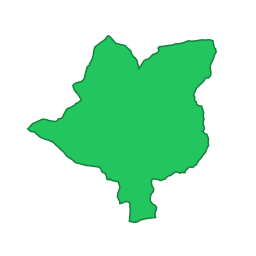 the district of Goenshari, Punakha, Bhutan, rotated 351°
{"feature_id": "84629894B19712913086843", "entity_name": "Goenshari", "entity_type": "district", "adm_level": 2, "iso_a3": "BTN", "parent_name": "Bhutan", "parent_adm1": "Punakha", "projection": "orthographic", "projection_center": [89.771, 27.719], "detail": "fine", "context": "isolated", "style": "filled", "palette": "green", "viewbox_px": 256, "rotation_deg": 351, "n_neighbors": 0, "source": "geoboundaries", "source_scale": "gbopen_adm2", "svg_char_len": 5527}
<svg xmlns="http://www.w3.org/2000/svg" viewBox="0 0 256 256"><g transform="rotate(351 128 128)"><path d="M215.4,91.2L216.4,90.3L218.0,88.8L218.5,85.8L218.8,79.4L220.8,76.5L222.1,74.8L222.8,73.4L224.3,70.6L225.4,68.7L227.1,66.6L226.8,64.7L226.9,63.4L226.2,62.9L225.6,60.8L225.6,58.6L225.5,56.5L225.5,55.1L223.2,53.9L221.2,53.4L218.6,53.4L217.0,53.0L214.5,52.5L212.6,52.4L211.5,52.5L208.9,52.5L206.3,52.4L204.1,52.2L202.3,51.5L200.5,51.4L196.8,52.4L193.8,52.6L191.3,52.7L187.6,52.4L184.2,53.1L183.3,53.1L181.2,52.8L178.2,52.8L175.5,52.8L173.6,52.8L172.2,52.4L170.8,53.3L170.3,53.6L170.2,54.2L170.3,54.9L170.7,55.4L170.8,55.9L170.3,56.8L168.9,58.1L168.0,58.4L167.4,58.7L166.1,58.9L164.3,59.2L163.4,59.8L162.3,60.5L161.9,60.8L161.5,61.3L161.1,61.7L159.9,62.5L158.8,63.0L157.4,63.1L156.3,63.3L155.2,63.6L154.5,63.9L153.4,65.0L152.7,65.8L152.1,66.5L151.5,67.3L151.0,68.1L150.3,68.9L149.2,69.8L148.9,70.2L147.9,70.8L148.2,69.5L148.0,68.1L147.5,66.9L147.6,65.4L147.5,64.8L147.5,63.6L147.4,62.5L146.9,61.6L146.1,59.9L145.6,59.5L145.0,59.0L144.2,57.7L143.7,56.4L143.1,55.1L143.0,53.9L142.9,53.1L142.9,52.6L142.3,51.6L140.9,50.0L139.3,48.0L138.2,46.2L136.1,45.4L133.2,44.2L131.2,43.2L128.6,41.9L127.6,39.9L125.8,37.0L124.1,34.5L122.8,33.8L121.0,34.9L119.5,36.7L117.0,38.1L114.6,39.2L112.6,40.4L110.6,41.4L108.1,42.7L107.1,44.7L105.8,47.8L105.1,50.5L104.3,52.6L102.8,55.0L101.8,56.7L100.8,57.7L100.0,58.4L99.6,60.2L98.9,60.4L97.9,60.7L97.2,61.3L96.8,62.2L96.4,63.5L95.8,64.4L94.8,66.6L94.4,67.6L94.1,68.6L93.5,69.6L93.1,71.2L92.2,72.6L90.8,73.9L90.1,74.4L88.7,74.9L87.1,75.0L85.6,75.1L84.8,75.3L83.7,75.4L81.3,76.5L80.1,77.7L80.2,78.2L80.4,79.3L80.5,80.2L80.7,81.0L81.0,82.1L81.4,82.9L81.6,83.4L81.9,84.0L82.3,84.7L82.8,85.4L83.2,85.8L83.8,86.4L84.0,87.0L84.2,87.6L84.5,88.3L84.8,89.2L85.1,90.2L86.1,91.9L86.1,92.8L85.4,93.6L84.3,94.1L83.7,94.5L83.0,94.9L82.1,95.2L81.2,95.4L80.4,95.6L79.9,96.0L79.2,96.8L78.7,97.2L78.0,97.5L77.2,97.7L76.3,98.0L75.2,98.4L73.8,98.8L73.2,99.0L72.2,99.1L71.0,99.5L70.5,99.8L70.1,100.3L69.5,100.7L69.0,101.6L68.4,102.2L67.7,103.2L67.3,103.6L66.8,104.4L66.1,105.3L65.8,105.7L65.6,106.5L65.3,107.1L64.2,107.7L63.6,107.9L63.1,107.9L62.5,108.1L61.9,108.1L61.4,108.0L60.9,108.1L60.5,108.4L59.9,108.8L59.4,109.4L58.6,110.0L57.7,110.2L56.8,110.1L55.5,109.7L54.9,109.5L53.8,109.2L52.9,108.9L52.2,108.8L51.4,108.4L50.5,108.0L49.8,107.5L48.0,106.8L46.7,106.3L46.0,106.2L45.4,106.0L44.3,106.0L43.6,106.2L42.0,106.8L40.9,107.0L39.7,107.3L38.3,107.8L37.7,107.9L37.2,108.2L36.2,108.3L35.3,108.5L34.5,108.8L33.9,109.1L33.4,109.6L32.5,110.4L31.7,111.0L30.9,111.6L30.4,112.0L30.1,112.5L29.5,112.9L28.9,113.2L30.6,115.5L32.7,116.7L35.2,117.3L36.2,119.0L37.5,120.6L40.1,123.6L44.4,126.1L47.4,127.4L49.8,129.1L51.5,130.0L53.9,133.2L56.2,135.9L57.5,138.0L59.1,140.0L60.1,140.8L61.7,143.5L62.9,145.5L63.6,146.8L66.6,149.4L68.4,151.0L69.8,153.0L71.0,154.2L74.2,155.4L80.9,158.5L84.5,159.3L89.1,160.8L93.1,162.0L94.3,163.2L95.1,165.5L95.5,167.2L98.3,169.5L99.1,171.2L99.1,174.1L99.6,175.8L101.2,176.0L102.1,175.4L102.1,176.1L105.0,177.8L107.0,178.4L110.2,179.9L110.2,181.6L110.8,185.3L109.5,187.6L107.8,190.9L106.8,193.9L107.1,195.6L108.4,199.1L108.1,201.4L110.1,201.3L111.6,201.0L112.5,200.4L113.1,200.3L114.5,200.4L115.8,200.7L116.7,201.0L117.3,201.8L118.2,202.7L117.6,205.7L117.4,208.5L117.0,211.6L116.0,214.9L115.4,217.7L114.8,220.4L119.5,222.2L122.9,222.2L125.9,220.8L130.8,220.4L134.3,220.4L138.2,220.5L141.2,220.7L141.2,220.2L141.1,218.5L141.1,217.0L141.7,215.7L142.4,214.4L143.3,212.8L143.8,210.9L143.3,209.6L142.4,208.4L141.5,207.8L140.2,206.7L139.4,205.1L138.6,203.0L138.6,202.0L139.0,200.7L139.5,199.4L140.2,197.6L140.6,196.8L141.7,195.9L143.1,194.7L143.7,193.2L143.8,192.0L143.4,190.7L142.6,188.5L142.6,186.4L142.8,184.8L143.1,183.4L143.4,183.0L144.2,182.6L145.0,182.4L146.0,182.4L147.0,182.6L147.8,183.0L148.4,183.3L149.2,183.4L149.8,183.6L150.4,184.0L151.0,184.5L152.0,185.0L152.7,185.0L154.0,184.5L155.6,184.4L156.5,184.2L157.2,183.9L158.8,182.5L159.3,182.2L159.8,182.0L160.9,181.5L161.5,181.6L162.7,181.6L163.1,181.4L165.0,180.0L165.9,179.9L166.4,179.6L167.7,178.9L168.5,179.0L169.5,179.1L170.4,179.3L171.0,180.0L172.1,180.8L172.6,180.7L173.3,180.4L174.0,180.3L174.6,180.4L175.3,180.6L176.2,180.8L177.0,181.0L177.5,180.7L177.9,179.9L178.3,178.9L178.9,178.3L180.4,177.8L181.7,176.4L182.2,176.1L182.7,176.1L183.6,176.4L184.2,176.7L184.8,176.9L185.3,177.0L185.9,177.0L186.8,176.6L187.5,176.0L188.8,175.2L189.4,175.2L189.7,174.9L190.3,174.2L190.7,173.6L193.4,170.6L195.2,169.4L195.5,169.0L196.3,168.3L196.9,167.7L197.7,166.6L198.5,165.9L199.6,165.3L200.1,164.9L200.8,164.0L201.9,162.1L202.4,161.2L203.3,159.7L204.7,158.1L204.9,157.4L204.9,155.3L205.2,154.0L205.3,153.5L205.6,152.4L205.8,151.0L205.8,150.3L205.5,149.5L205.3,148.7L205.2,147.8L205.1,147.2L204.8,146.5L203.6,145.9L202.8,145.2L202.3,144.5L202.0,143.8L201.4,143.4L201.0,142.9L201.6,142.6L202.1,142.5L202.6,141.8L203.3,140.9L203.3,139.6L203.1,138.0L203.1,137.2L202.9,136.1L202.9,134.8L203.0,134.2L203.4,133.3L204.5,131.3L204.4,130.7L204.0,129.9L204.1,128.7L204.3,127.5L204.5,126.6L204.8,125.8L204.9,125.1L205.2,124.3L205.0,123.7L204.9,122.6L204.6,121.7L204.7,120.8L204.4,120.0L204.2,119.3L204.3,118.3L203.9,117.8L203.3,117.6L202.5,117.4L201.4,117.0L200.7,116.5L200.3,116.1L199.7,115.6L199.5,114.8L199.6,113.9L199.4,112.7L198.4,111.3L198.1,110.5L198.2,109.9L198.6,108.9L198.8,108.1L198.7,107.5L198.3,106.5L198.1,106.1L198.0,105.4L199.9,102.4L202.2,99.0L210.0,93.7L212.6,90.8L214.0,90.8L215.4,91.2Z" fill="#22c55e" stroke="#15803d" stroke-width="1.5"/></g></svg>